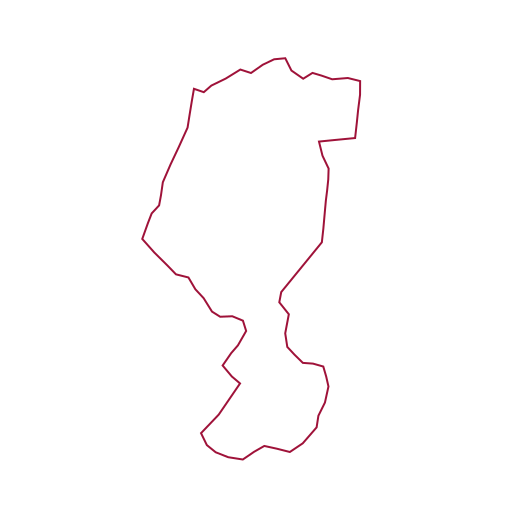 outline of Camaragibe, Pernambuco, Brazil, rotated 199°
{"feature_id": "56859067B56162371864322", "entity_name": "Camaragibe", "entity_type": "district", "adm_level": 2, "iso_a3": "BRA", "parent_name": "Brazil", "parent_adm1": "Pernambuco", "projection": "robinson", "projection_center": [-34.999, -7.981], "detail": "fine", "context": "isolated", "style": "outline", "palette": "rose", "viewbox_px": 512, "rotation_deg": 199, "n_neighbors": 0, "source": "geoboundaries", "source_scale": "gbopen_adm2", "svg_char_len": 1150}
<svg xmlns="http://www.w3.org/2000/svg" viewBox="0 0 512 512"><g transform="rotate(199 256 256)"><path d="M250.3,70.6L240.9,61.2L230.2,57.3L216.8,56.7L202.2,59.3L194.1,70.2L186.3,79.1L173.4,80.6L160.2,81.7L150.8,94.1L142.9,113.7L145.0,125.3L143.1,139.9L145.0,156.2L150.4,164.9L156.4,173.4L167.1,172.8L176.9,170.2L187.4,175.2L196.8,180.2L203.2,192.4L206.0,211.6L218.9,219.8L220.4,230.1L198.2,290.4L201.2,303.7L205.1,319.4L208.0,331.2L210.1,341.2L212.6,351.9L215.8,362.3L225.8,372.5L233.7,384.7L218.9,391.5L200.7,399.8L204.1,415.0L207.0,427.4L210.1,442.3L214.5,455.3L227.1,454.2L241.5,447.9L252.8,447.9L262.2,447.5L269.1,439.0L282.9,442.9L292.7,452.5L302.9,447.9L311.9,439.0L320.3,427.4L331.5,427.2L342.4,413.9L353.7,402.6L358.7,393.9L369.1,393.9L367.1,381.5L364.5,366.4L362.5,355.1L364.5,333.8L366.6,314.8L368.1,295.4L365.6,282.4L364.1,272.3L368.5,262.3L368.9,251.9L369.1,235.1L353.3,226.2L336.5,218.1L325.7,212.6L312.9,213.7L302.5,204.8L291.8,199.1L279.5,189.1L270.1,186.9L258.8,191.3L247.3,190.6L240.9,181.9L244.0,165.6L247.8,156.2L251.9,141.6L239.6,134.2L229.6,130.3L239.6,93.9L250.3,70.6Z" fill="none" stroke="#9f1239" stroke-width="2"/></g></svg>